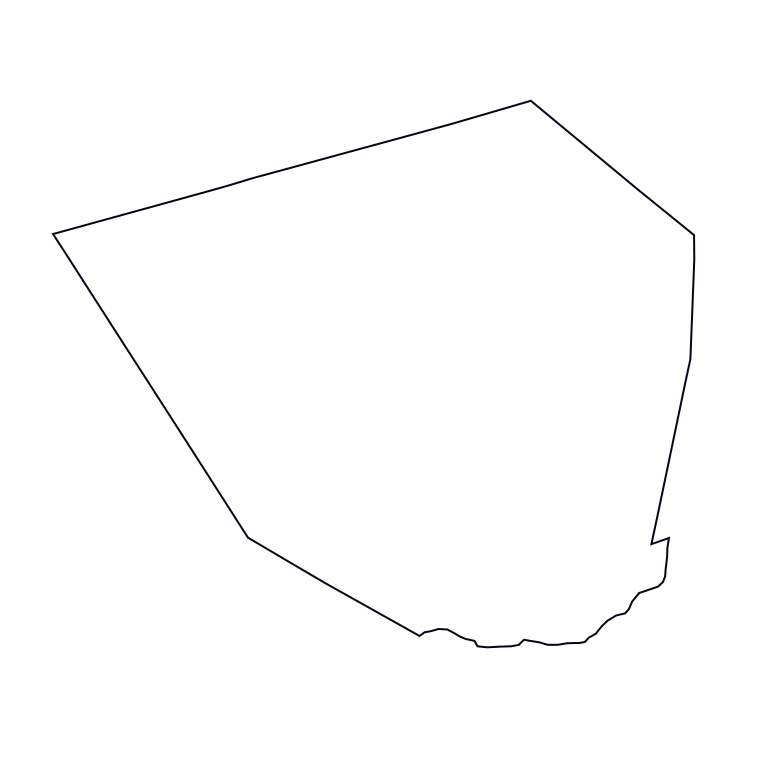 Peritoró, Maranhão, Brazil (Mercator projection), rotated 176°
{"feature_id": "56859067B28886236546513", "entity_name": "Peritoró", "entity_type": "district", "adm_level": 2, "iso_a3": "BRA", "parent_name": "Brazil", "parent_adm1": "Maranhão", "projection": "mercator", "projection_center": [-44.323, -4.413], "detail": "fine", "context": "isolated", "style": "outline", "palette": "ink", "viewbox_px": 768, "rotation_deg": 176, "n_neighbors": 0, "source": "geoboundaries", "source_scale": "gbopen_adm2", "svg_char_len": 928}
<svg xmlns="http://www.w3.org/2000/svg" viewBox="0 0 768 768"><g transform="rotate(176 384 384)"><path d="M110.5,210.5L128.4,205.6L120.2,234.0L90.6,338.6L84.6,359.9L76.6,387.6L72.8,422.4L65.8,486.4L64.3,510.9L117.0,560.1L217.8,656.3L299.6,638.5L500.6,598.5L528.7,592.1L560.0,585.7L703.7,556.7L692.3,536.1L649.4,457.6L616.9,398.4L581.9,334.5L530.4,240.2L488.3,211.2L456.0,189.1L366.2,130.2L360.7,133.5L354.7,134.1L346.7,135.8L337.9,134.7L330.8,130.2L326.2,127.0L320.4,124.0L311.6,121.4L309.0,115.8L299.1,114.1L286.2,113.9L275.3,113.5L267.8,114.3L262.2,119.1L255.1,117.3L247.6,115.6L238.8,112.4L228.8,111.7L219.5,112.6L213.4,112.4L207.3,112.0L201.7,112.6L197.4,116.7L190.3,120.0L183.6,127.2L177.5,132.3L168.5,136.9L159.4,138.4L155.3,142.5L151.7,149.6L144.1,157.7L132.5,160.7L124.9,162.7L119.6,166.9L117.0,172.4L115.9,179.8L114.4,187.6L113.5,193.0L112.8,200.3L110.5,210.5Z" fill="none" stroke="#020617" stroke-width="2"/></g></svg>